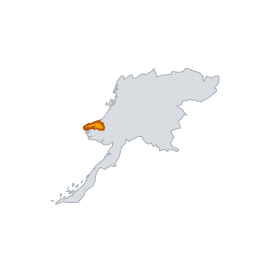 Pathein, Ayeyarwady, Myanmar shown in context, rotated 56°
{"feature_id": "60261553B36650423786052", "entity_name": "Pathein", "entity_type": "district", "adm_level": 2, "iso_a3": "MMR", "parent_name": "Myanmar", "parent_adm1": "Ayeyarwady", "projection": "orthographic", "projection_center": [94.599, 16.703], "detail": "fine", "context": "in_parent", "style": "filled", "palette": "amber", "viewbox_px": 256, "rotation_deg": 56, "n_neighbors": 0, "source": "geoboundaries", "source_scale": "gbopen_adm2", "svg_char_len": 8543}
<svg xmlns="http://www.w3.org/2000/svg" viewBox="0 0 256 256"><g transform="rotate(56 128 128)"><path d="M164.7,114.5L162.2,113.3L160.5,114.5L157.7,114.1L158.1,116.5L156.5,117.4L153.7,117.2L152.2,120.9L146.4,122.0L142.7,121.4L140.6,124.6L140.6,128.4L139.6,130.6L140.0,134.5L137.6,135.5L136.1,135.3L136.9,137.1L138.9,137.8L140.1,141.8L139.8,143.4L147.8,152.5L150.3,159.7L152.2,158.7L152.8,159.4L152.1,161.3L149.7,162.9L149.4,170.5L145.5,172.5L145.6,175.0L146.1,176.8L149.8,181.9L153.8,185.3L156.1,189.0L156.6,194.4L156.1,196.7L157.2,199.9L159.2,202.0L161.7,210.6L157.1,218.3L152.4,223.4L151.9,228.6L150.4,230.4L149.6,228.8L149.2,223.2L151.5,219.7L152.1,212.9L153.6,211.5L152.8,210.8L150.9,211.3L151.5,205.8L150.5,205.6L151.3,204.5L150.0,195.3L146.3,189.0L145.8,186.2L145.3,190.0L144.9,189.2L144.7,184.2L142.5,178.7L142.7,178.2L143.7,178.7L142.8,177.5L142.1,177.8L141.4,176.4L140.2,165.0L138.8,163.4L139.2,158.5L140.2,157.2L136.4,157.8L134.6,153.6L134.5,151.3L130.7,147.9L131.3,149.0L130.7,150.2L131.3,152.1L129.8,155.7L128.3,157.4L126.3,158.1L124.6,157.1L124.3,155.2L123.6,155.1L125.1,158.8L119.1,161.9L118.2,164.1L115.1,167.0L114.1,166.6L114.6,162.7L112.7,165.8L110.2,165.9L109.7,161.8L108.6,164.2L107.2,164.9L107.6,158.1L107.2,160.1L104.8,162.8L102.4,163.7L102.9,158.0L106.1,149.1L106.4,146.2L104.7,139.1L101.9,133.1L102.7,133.0L100.9,131.3L100.6,126.9L99.5,128.4L99.4,131.2L97.0,129.8L94.7,125.9L95.7,125.6L98.3,127.4L99.7,126.4L100.1,125.1L96.0,121.3L97.0,119.8L95.7,119.8L92.2,118.0L91.2,118.3L91.7,119.9L90.9,120.4L89.6,117.9L90.6,116.8L89.8,116.7L90.3,114.5L90.0,114.2L88.3,117.1L87.4,116.4L88.5,114.9L88.0,114.1L86.6,112.4L86.7,115.4L83.1,110.7L81.1,104.2L82.7,102.5L85.5,104.5L85.4,96.5L86.6,94.8L89.4,96.3L90.3,94.3L91.4,93.8L90.7,88.3L91.6,84.8L93.5,84.2L94.0,81.4L94.3,77.5L93.4,73.3L95.1,74.3L97.1,73.9L101.6,75.4L103.3,70.4L107.6,62.3L106.0,60.5L106.3,59.3L110.0,55.1L111.9,51.3L111.0,47.9L111.8,45.1L115.2,43.3L122.4,37.7L127.8,36.9L130.1,39.0L131.6,39.2L129.2,34.0L133.7,30.1L133.5,27.0L135.5,23.8L136.7,23.8L137.9,25.4L139.0,25.4L141.2,27.7L143.4,34.2L144.9,33.0L146.9,33.9L148.1,43.6L147.7,49.2L146.5,50.5L147.5,52.8L145.6,53.7L144.4,56.0L142.4,56.2L141.2,59.3L139.3,59.8L138.3,62.2L138.5,64.1L137.0,65.2L136.5,68.3L137.9,69.5L138.4,71.2L137.0,74.8L138.2,74.9L143.6,72.5L147.4,72.8L150.0,72.2L148.4,74.7L150.1,77.8L150.6,82.6L156.3,83.8L157.3,85.0L156.1,86.6L154.3,94.4L161.9,95.3L162.3,98.4L163.9,99.4L164.2,101.1L165.2,101.6L169.3,101.4L171.6,99.2L174.6,98.2L174.9,100.0L174.2,101.3L170.9,103.1L168.8,106.8L168.7,107.6L169.7,108.2L165.9,109.8L164.7,114.5ZM97.1,123.8L99.6,125.3L99.1,126.3L97.5,126.4L96.4,124.5L97.1,123.8ZM147.2,200.8L148.9,203.1L147.3,204.7L147.2,200.8ZM96.8,133.6L95.5,132.8L94.6,131.5L97.4,131.6L96.8,133.6ZM149.7,210.6L149.8,213.6L148.8,213.3L148.1,210.8L149.7,210.6ZM106.1,163.6L104.5,165.6L104.2,163.9L106.5,161.5L106.1,163.6ZM138.6,160.8L137.6,160.2L137.5,158.4L138.2,157.9L138.9,158.8L138.6,160.8ZM146.4,214.3L146.2,213.3L147.2,210.9L147.1,213.0L146.4,214.3ZM145.9,219.9L147.3,222.1L147.1,222.6L145.8,220.8L144.9,221.0L145.9,219.9ZM150.6,208.9L149.1,209.5L149.0,207.5L150.6,208.9ZM147.4,230.3L145.5,232.2L145.7,231.2L147.4,230.3ZM89.2,118.3L89.8,120.7L88.7,117.8L89.2,118.3ZM147.2,196.1L147.2,198.0L146.6,195.0L147.2,196.1ZM94.8,120.0L95.0,121.6L93.9,119.4L94.8,120.0ZM145.4,206.8L144.3,205.9L144.7,205.2L145.2,205.4L145.4,206.8ZM144.6,204.1L143.9,205.4L143.2,204.6L143.7,204.1L144.6,204.1ZM144.8,211.5L144.9,212.6L144.0,210.1L144.8,211.5ZM108.7,165.9L107.9,165.8L109.0,164.6L109.1,165.1L108.7,165.9ZM150.0,220.0L149.3,219.8L149.8,218.6L150.0,220.0Z" fill="#d9dde1" stroke="#a8b0b8" stroke-width="1"/><path d="M108.4,146.1L108.5,146.4L108.5,146.6L108.7,146.8L108.7,147.0L108.5,147.4L108.5,147.6L108.3,147.9L108.2,148.3L107.9,148.8L107.6,148.8L107.6,148.5L107.3,148.4L107.2,148.1L106.9,148.0L106.7,148.2L106.6,147.8L106.2,147.5L106.1,147.3L106.0,148.0L106.1,148.3L106.2,148.5L106.1,148.9L106.2,149.0L106.4,149.1L106.6,149.0L106.8,149.2L106.8,149.3L106.9,149.5L106.8,149.4L106.8,149.2L106.6,149.2L106.3,149.2L106.2,149.3L106.1,149.1L105.9,149.1L105.9,148.9L105.7,149.1L105.8,149.2L105.7,149.4L105.4,149.1L105.4,149.4L105.3,149.6L105.4,149.8L105.4,150.2L105.6,150.1L105.7,150.3L105.8,150.5L105.6,150.5L105.6,150.8L105.5,150.6L105.5,150.8L105.4,150.8L105.3,150.7L105.2,150.6L105.1,150.4L104.8,150.5L104.9,151.0L105.1,150.9L105.2,151.0L105.3,151.3L105.2,151.6L105.2,151.8L105.1,151.7L105.1,151.8L104.9,151.8L104.9,152.3L105.0,152.6L104.9,152.7L104.9,152.9L104.7,153.1L104.9,153.2L105.1,153.2L105.2,152.9L105.2,153.0L105.3,153.2L105.2,153.1L104.8,153.2L104.7,153.5L104.4,153.7L104.6,153.8L104.4,153.8L104.2,153.5L104.1,154.0L104.4,154.9L104.2,155.2L104.0,155.4L103.8,155.7L103.9,155.9L103.8,156.0L103.8,156.8L103.7,156.8L103.5,157.0L103.4,157.1L103.5,157.1L103.7,157.3L103.8,157.4L103.5,157.8L103.3,157.9L103.1,157.9L103.2,158.1L103.2,157.8L103.1,157.7L102.8,157.8L102.9,158.2L102.8,158.5L102.9,158.8L102.7,159.2L102.7,159.4L102.6,159.6L102.6,159.9L102.5,160.3L102.6,160.7L102.5,160.9L102.4,160.9L102.4,161.4L102.3,161.6L102.4,161.9L102.3,162.2L102.2,162.2L102.3,162.4L102.2,162.6L102.2,163.2L102.1,163.4L102.2,163.6L102.4,163.9L102.6,164.4L102.8,164.3L103.0,163.9L103.4,163.8L103.5,163.6L103.9,163.3L104.3,163.2L104.6,163.1L104.8,162.7L105.5,161.9L105.7,161.4L105.5,161.2L105.5,160.8L105.4,160.8L105.1,160.6L105.6,160.6L105.9,160.4L105.7,160.5L106.1,160.9L106.5,160.6L106.5,160.4L106.5,160.1L106.7,159.9L106.9,159.4L107.0,159.4L107.3,159.5L107.4,158.9L107.3,158.7L107.2,158.2L107.2,157.9L107.5,157.6L107.5,157.2L107.6,156.8L107.5,156.6L107.1,156.7L107.3,156.6L107.3,156.4L107.2,156.5L107.0,156.3L107.2,156.5L107.3,156.4L107.5,156.2L107.4,156.0L107.4,155.8L107.4,155.6L107.4,155.8L107.4,156.0L107.5,156.2L107.4,156.3L107.3,156.6L107.5,156.5L107.7,156.8L107.9,156.7L107.7,156.6L107.8,156.2L107.7,156.0L107.8,156.0L107.9,155.7L108.0,155.6L108.0,155.8L108.0,156.0L107.7,156.0L107.8,156.2L107.7,156.5L107.9,156.6L108.0,156.8L108.4,157.0L108.5,157.3L108.9,157.0L109.0,156.9L108.8,156.7L109.2,156.7L109.3,156.6L109.3,156.4L109.5,156.6L109.6,156.4L109.8,156.1L109.6,155.9L109.8,156.0L109.7,155.8L110.0,155.6L110.3,155.3L110.3,155.2L110.5,155.0L110.7,154.5L110.8,154.4L111.0,154.1L111.2,153.9L111.4,153.7L111.5,153.8L111.7,153.6L111.9,153.5L112.0,153.4L112.1,153.5L112.6,153.2L112.7,152.9L113.0,153.1L113.1,152.8L113.2,152.7L113.3,152.2L113.5,152.1L113.9,152.2L114.5,152.0L114.4,151.7L114.2,151.6L114.1,151.4L114.2,150.9L114.3,151.0L114.5,150.9L114.6,151.0L114.7,150.9L114.9,150.7L114.9,150.4L115.1,150.2L115.2,149.8L115.1,149.5L115.4,149.3L115.5,149.3L115.4,149.2L115.1,149.0L115.3,148.8L115.1,148.8L115.1,148.7L115.2,148.4L114.9,148.2L114.7,148.2L114.6,147.8L114.5,147.6L114.4,147.6L114.2,147.4L113.9,147.4L113.9,147.2L113.7,147.2L113.1,146.9L112.9,147.0L112.7,147.3L112.3,147.3L112.2,147.1L111.9,147.1L111.7,147.2L111.7,147.5L111.5,147.4L111.5,147.2L111.4,147.2L111.4,146.9L111.1,146.7L111.0,146.3L110.7,146.3L110.5,146.6L110.5,146.4L110.3,146.3L110.0,146.5L110.0,146.8L110.1,147.0L110.2,147.4L110.0,147.7L109.8,147.4L109.8,147.2L109.7,147.1L109.6,146.9L109.4,146.7L109.2,146.5L109.0,146.4L108.8,146.5L108.5,146.2L108.4,146.1ZM107.0,162.6L107.2,161.6L107.0,161.0L106.4,161.4L105.9,162.2L105.6,162.4L105.4,163.0L105.0,163.5L104.8,163.6L104.2,163.8L104.1,164.1L104.2,164.8L104.3,165.2L104.5,165.4L104.3,165.7L104.5,165.5L104.6,165.2L104.8,164.8L104.9,164.7L105.1,164.7L105.2,164.4L105.2,164.2L105.6,164.0L106.0,164.0L106.2,163.8L106.4,163.4L106.2,163.4L106.2,163.1L106.2,162.9L106.3,162.7L106.2,163.0L106.2,163.3L106.4,163.4L106.8,162.9L107.0,162.6ZM108.1,156.8L107.6,156.9L107.6,157.6L107.3,157.9L107.3,158.1L107.4,158.3L107.9,158.1L108.0,157.4L108.3,157.3L108.3,157.0L108.2,156.9L108.1,156.8ZM106.9,160.6L107.3,159.8L107.4,159.6L107.2,159.7L107.0,160.1L106.6,160.2L106.6,160.5L106.5,160.8L106.2,161.0L106.2,161.3L106.4,161.3L106.6,161.1L106.9,160.6ZM105.9,161.6L106.1,161.0L105.9,160.8L105.6,160.6L105.6,160.8L105.6,161.1L105.7,161.3L105.7,161.6L105.9,161.6ZM107.0,160.0L107.2,159.7L107.3,159.5L107.0,159.4L106.7,160.0L106.9,160.1L107.0,160.0ZM103.6,163.7L103.0,163.9L103.0,164.0L103.5,164.1L103.8,163.7L103.6,163.7ZM105.5,160.8L105.5,160.6L105.3,160.6L105.5,160.8L105.5,160.8ZM105.9,162.1L105.7,162.1L105.6,162.3L105.8,162.2L105.9,162.1ZM105.0,163.3L105.0,163.1L105.1,162.9L104.9,163.3L105.0,163.3ZM102.6,158.0L102.7,157.9L102.7,157.7L102.6,158.0ZM102.4,159.6L102.5,159.5L102.4,159.4L102.4,159.5L102.4,159.6ZM103.0,165.4L102.9,165.4L103.0,165.4Z" fill="#f59e0b" stroke="#b45309" stroke-width="1.5"/></g></svg>